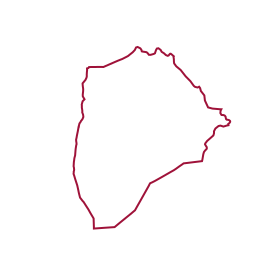 Al-Hasakeh, Hasaka (Al Haksa), Syria, rotated 54°
{"feature_id": "27442178B13029247631939", "entity_name": "Al-Hasakeh", "entity_type": "district", "adm_level": 2, "iso_a3": "SYR", "parent_name": "Syria", "parent_adm1": "Hasaka (Al Haksa)", "projection": "albers", "projection_center": [40.726, 36.168], "detail": "fine", "context": "isolated", "style": "outline", "palette": "rose", "viewbox_px": 256, "rotation_deg": 54, "n_neighbors": 0, "source": "geoboundaries", "source_scale": "gbopen_adm2", "svg_char_len": 2692}
<svg xmlns="http://www.w3.org/2000/svg" viewBox="0 0 256 256"><g transform="rotate(54 128 128)"><path d="M198.3,87.6L197.4,86.5L193.5,82.5L192.1,80.7L191.5,78.8L191.2,76.8L190.6,76.0L189.5,75.5L188.4,75.5L186.5,75.3L185.9,74.6L185.0,71.6L184.6,67.3L184.3,64.2L184.2,63.3L183.5,62.4L182.9,61.6L181.7,60.7L181.2,60.4L180.9,59.8L179.8,57.6L179.6,53.6L180.4,51.8L181.2,51.2L182.9,50.0L183.6,48.1L184.0,46.8L184.8,45.1L183.7,44.6L183.7,44.2L183.6,43.1L183.2,41.9L182.8,41.5L182.3,41.3L181.4,41.5L180.9,41.7L180.5,42.0L180.3,42.2L179.8,42.6L179.3,43.2L178.4,43.4L176.9,42.8L176.2,42.4L175.3,42.4L174.7,42.5L173.7,43.1L173.0,44.0L172.4,44.7L172.2,44.7L170.2,44.5L168.4,42.9L167.7,41.5L166.5,43.0L161.9,48.3L158.4,51.1L150.9,49.6L149.7,48.9L146.5,47.1L143.4,47.2L140.9,47.3L138.1,46.2L136.4,46.2L136.2,47.8L135.2,48.7L134.1,49.6L132.6,50.0L126.7,50.0L120.1,51.0L112.0,51.3L106.5,52.7L102.9,52.7L101.4,51.9L99.2,50.4L97.1,49.3L96.9,48.8L94.8,49.3L94.6,49.3L94.3,49.4L93.0,49.8L92.7,50.2L92.7,50.4L92.8,51.1L93.2,52.6L92.9,53.5L91.2,54.5L89.1,54.9L88.3,55.1L87.9,55.3L86.1,56.0L84.1,55.7L81.4,56.5L80.7,57.9L81.4,59.5L83.4,62.3L83.2,63.7L82.1,66.7L81.8,67.1L81.0,68.1L79.1,68.1L77.7,68.4L77.3,68.7L75.7,70.3L74.5,71.5L74.1,71.8L72.6,71.2L70.8,71.2L68.1,72.6L67.6,74.2L68.9,76.6L69.5,79.7L69.7,84.3L69.8,85.4L69.6,87.0L68.8,92.1L68.3,93.9L67.6,96.7L67.3,98.0L64.2,112.0L62.7,114.0L62.4,114.4L56.9,122.1L56.5,122.7L55.8,123.7L56.2,124.8L55.7,126.1L57.3,127.2L58.5,128.3L60.7,130.1L61.9,130.9L62.9,132.0L64.1,134.2L64.5,135.8L65.2,138.5L66.1,139.1L67.8,140.1L69.7,141.1L70.9,141.9L72.1,142.9L74.3,144.9L75.7,145.9L76.9,146.1L79.2,146.3L79.3,146.8L79.7,149.0L80.9,150.5L81.9,151.7L82.8,152.2L84.6,153.5L85.5,153.9L87.5,155.0L88.4,155.8L90.8,156.5L92.8,157.6L94.0,159.5L94.5,161.0L94.7,161.9L95.3,163.0L95.8,164.6L96.9,165.9L98.1,167.4L98.3,167.3L99.1,168.4L101.3,170.7L102.2,171.7L104.3,174.0L105.4,175.1L107.0,176.9L107.5,177.2L108.1,177.6L109.5,178.3L110.8,179.1L111.5,180.0L112.4,180.9L113.7,182.2L115.0,183.4L119.1,186.9L120.8,189.0L121.3,189.5L122.4,190.5L123.6,191.7L127.0,194.5L128.4,195.1L130.1,196.1L130.9,196.9L131.4,197.6L132.4,198.3L133.1,199.0L134.8,199.5L137.9,200.6L139.1,201.0L144.6,202.8L149.2,204.8L151.6,205.9L156.1,207.7L160.3,207.6L161.8,207.4L166.7,207.7L170.6,207.9L174.6,208.4L181.0,209.0L188.2,213.9L189.3,214.7L194.9,205.7L200.3,197.1L199.9,191.1L199.0,174.9L198.9,173.8L198.7,170.7L197.3,167.7L193.7,159.8L186.9,145.0L186.3,143.9L185.7,142.6L186.3,139.8L186.3,139.4L186.4,138.9L186.6,137.8L187.6,129.2L188.7,119.0L189.1,115.7L189.2,113.1L189.2,109.2L189.3,105.8L189.3,104.9L189.3,103.8L191.1,100.6L192.7,97.7L198.3,87.6Z" fill="none" stroke="#9f1239" stroke-width="2"/></g></svg>